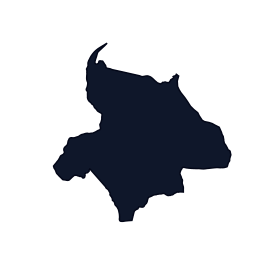 Matayos, Western, Kenya, rotated 156°
{"feature_id": "3690345B71861733049608", "entity_name": "Matayos", "entity_type": "district", "adm_level": 2, "iso_a3": "KEN", "parent_name": "Kenya", "parent_adm1": "Western", "projection": "orthographic", "projection_center": [34.181, 0.39], "detail": "fine", "context": "isolated", "style": "filled", "palette": "ink", "viewbox_px": 256, "rotation_deg": 156, "n_neighbors": 0, "source": "geoboundaries", "source_scale": "gbopen_adm2", "svg_char_len": 5484}
<svg xmlns="http://www.w3.org/2000/svg" viewBox="0 0 256 256"><g transform="rotate(156 128 128)"><path d="M211.5,123.5L211.7,122.2L211.8,121.4L211.6,120.4L211.4,119.3L211.5,118.6L211.5,117.7L211.6,116.3L211.5,115.3L211.0,114.0L210.6,112.7L210.3,111.8L210.0,111.1L209.7,110.4L209.4,109.6L209.1,108.8L208.8,108.0L208.4,107.2L207.5,106.7L206.5,106.1L205.4,105.3L204.6,104.8L203.7,104.5L202.6,104.5L201.3,105.0L200.4,105.3L199.4,105.7L197.1,106.4L195.8,106.6L195.1,106.1L194.2,105.7L193.6,105.2L193.2,104.6L192.3,104.0L191.8,103.4L191.0,103.1L190.4,102.5L189.8,101.8L189.7,100.9L188.9,100.4L187.9,100.5L186.9,101.6L186.5,102.2L186.2,103.4L185.0,104.1L183.7,103.7L182.8,103.7L182.1,104.1L181.1,104.4L180.8,105.1L180.3,105.6L179.6,106.1L179.2,105.4L172.4,83.5L172.4,82.3L172.1,81.4L171.5,80.7L171.3,79.9L171.0,79.2L171.0,78.4L171.0,77.5L170.8,76.8L170.9,75.7L171.6,74.4L171.6,73.6L171.4,72.9L171.1,72.1L171.1,71.3L171.0,70.4L171.2,69.3L171.6,68.3L171.2,67.4L170.5,66.5L170.7,65.5L170.7,64.6L171.0,63.5L170.9,62.4L170.4,61.3L170.1,60.1L170.0,59.0L169.9,57.8L170.1,56.1L170.4,54.9L170.7,53.4L171.1,52.1L171.6,50.8L172.0,49.8L172.6,48.8L173.1,47.7L173.2,46.7L172.7,45.9L171.7,45.3L170.6,44.8L169.4,44.5L168.0,44.1L165.3,43.2L162.0,42.0L159.6,45.1L157.1,48.3L156.4,49.1L155.8,49.6L154.3,50.1L152.9,50.2L152.0,50.1L151.1,50.8L150.0,51.4L149.2,51.3L148.4,50.6L147.1,49.9L146.1,49.7L145.3,49.9L144.6,50.4L144.0,50.9L143.1,51.3L141.8,51.8L140.6,52.8L140.0,53.6L138.5,55.5L137.5,56.2L136.8,56.3L135.4,56.2L133.8,56.2L132.4,56.4L131.0,56.2L129.2,55.6L128.4,55.6L126.6,55.1L125.8,54.9L125.2,54.6L124.1,54.2L123.1,54.1L122.3,53.9L121.2,53.1L120.6,52.0L119.8,50.9L118.9,50.0L117.8,49.7L116.9,49.3L115.7,49.2L114.5,48.9L113.6,49.0L112.8,49.3L111.8,49.4L110.5,49.4L109.7,49.6L108.9,49.4L108.0,48.9L107.1,48.7L106.2,48.4L105.3,47.9L104.4,47.5L103.5,47.0L103.0,48.1L102.6,49.1L102.1,50.1L101.5,51.5L101.3,52.9L101.2,54.2L101.0,55.3L100.5,56.5L99.7,57.7L99.4,58.7L99.6,60.1L99.4,61.1L99.3,61.9L99.3,63.4L99.3,64.1L99.1,65.5L98.4,66.4L97.8,67.0L97.3,67.7L96.1,68.4L95.1,69.2L94.3,69.8L92.8,69.3L90.8,67.8L88.9,66.7L86.2,65.2L81.5,62.9L79.8,62.2L77.1,60.7L75.5,59.9L74.3,59.5L73.4,59.2L72.2,58.9L71.4,58.6L68.6,57.7L65.5,56.7L63.5,56.0L62.8,55.7L61.3,55.0L59.9,54.2L58.9,53.9L58.0,53.4L56.9,53.0L55.9,52.7L54.5,52.5L53.4,52.3L52.6,52.9L51.8,53.9L51.2,54.6L50.5,55.4L49.5,56.1L48.5,56.7L47.8,58.2L47.1,59.2L46.4,60.0L45.0,61.6L44.2,65.3L44.5,66.1L45.0,66.8L45.5,67.6L45.4,69.0L45.7,72.7L45.9,73.5L46.1,74.3L46.2,75.2L45.9,76.1L45.9,77.1L45.4,78.1L44.5,81.6L44.6,82.7L44.7,83.7L44.6,84.7L44.4,86.1L44.4,91.6L47.6,95.5L49.2,97.7L51.7,100.0L52.4,100.5L55.5,102.7L57.1,104.9L58.0,110.3L58.1,113.6L60.4,118.1L62.1,122.5L62.9,127.9L63.8,132.7L64.6,135.8L65.4,139.0L65.8,142.3L65.8,145.8L63.9,150.9L60.6,154.9L61.1,155.6L61.5,156.6L62.0,157.4L62.9,156.6L64.0,156.5L64.9,156.7L65.8,156.6L65.6,155.8L66.4,155.1L67.4,154.9L68.4,154.8L69.4,154.6L70.2,153.9L70.9,153.5L71.7,152.8L72.9,153.2L74.1,153.7L74.6,154.3L75.3,154.9L76.3,155.1L77.1,155.2L77.8,155.6L78.7,155.1L79.7,155.2L80.6,155.0L81.1,155.6L81.7,156.3L82.7,157.1L83.5,158.8L84.0,159.8L84.6,161.2L85.1,162.5L85.7,163.8L86.3,164.9L87.1,166.0L87.9,166.7L88.6,167.4L89.6,167.9L90.9,168.3L91.9,168.5L93.1,168.8L94.4,169.2L95.3,170.1L96.2,171.0L109.2,180.7L118.4,187.5L119.1,188.1L119.8,188.9L120.5,189.5L121.4,190.1L122.5,190.9L123.5,191.8L123.3,193.0L123.1,194.1L123.2,195.0L123.5,196.0L123.5,197.0L123.8,197.7L123.8,198.5L124.0,199.4L125.0,199.9L125.7,200.4L126.5,200.8L127.3,200.8L128.1,199.8L128.9,199.0L129.9,199.0L131.1,199.2L131.6,200.0L131.8,200.8L131.3,202.0L129.9,203.8L128.8,205.0L127.7,206.2L126.4,207.8L124.9,209.5L122.9,210.3L120.8,211.0L118.8,211.7L116.1,212.6L112.6,214.0L119.6,213.1L123.0,212.6L125.7,211.9L127.7,211.2L129.8,210.2L130.9,209.6L132.4,208.7L133.2,208.1L133.9,207.6L134.7,206.9L135.3,206.4L136.1,205.8L136.7,205.3L137.4,204.5L138.1,203.7L138.6,202.5L139.0,201.5L139.4,200.8L140.3,200.0L141.1,199.4L141.9,198.7L142.1,197.6L142.3,196.8L142.9,195.7L143.4,194.3L144.0,193.2L144.4,192.5L144.9,191.5L145.4,190.5L145.7,189.8L146.0,188.8L146.2,187.6L146.2,186.5L146.4,185.5L147.0,184.4L147.7,183.3L148.4,182.4L148.9,181.7L149.6,181.2L150.2,180.5L150.6,179.8L150.5,178.9L150.2,177.9L150.5,176.8L151.1,175.7L151.5,174.7L152.1,173.3L152.6,172.3L152.8,171.5L152.9,170.5L152.8,169.2L152.5,167.9L152.0,167.1L151.5,166.0L151.3,164.7L150.6,163.7L150.2,162.7L150.2,162.0L150.3,161.2L150.2,160.2L149.7,158.9L149.2,157.7L149.1,156.8L148.9,156.0L148.4,155.1L147.6,154.0L146.8,153.0L146.3,152.1L146.1,151.2L146.4,150.4L146.9,149.6L147.5,148.6L147.9,147.7L148.3,146.8L148.8,146.1L149.5,145.2L150.1,144.5L150.7,143.8L151.5,143.3L152.3,142.5L152.6,141.5L152.8,140.5L153.0,139.6L153.4,138.4L154.7,137.8L156.3,137.9L157.6,137.8L159.1,137.6L160.3,137.6L161.4,137.6L162.3,137.6L163.1,137.9L163.9,138.2L164.7,138.4L165.8,138.7L166.6,139.2L167.3,139.7L168.1,140.0L168.9,140.2L170.2,140.4L171.5,140.5L172.7,140.8L174.1,140.8L175.3,140.6L176.2,140.4L177.4,140.4L178.4,140.6L179.6,140.7L180.6,140.8L181.5,141.0L182.6,141.5L183.4,142.0L184.2,142.3L185.1,142.4L185.9,142.2L186.8,141.4L187.9,140.5L188.6,139.5L189.3,138.4L190.0,137.7L190.7,137.1L191.5,136.8L192.7,136.5L193.9,136.0L194.8,135.3L195.2,134.7L195.6,133.9L195.7,132.9L195.8,132.1L196.1,131.4L196.9,130.7L197.7,130.3L198.7,130.1L199.9,130.1L200.8,129.9L201.6,129.4L202.3,128.7L203.0,128.2L204.8,126.9L206.5,126.1L207.9,125.3L209.8,124.4L211.5,123.5Z" fill="#0f172a" stroke="#020617" stroke-width="1.5"/></g></svg>